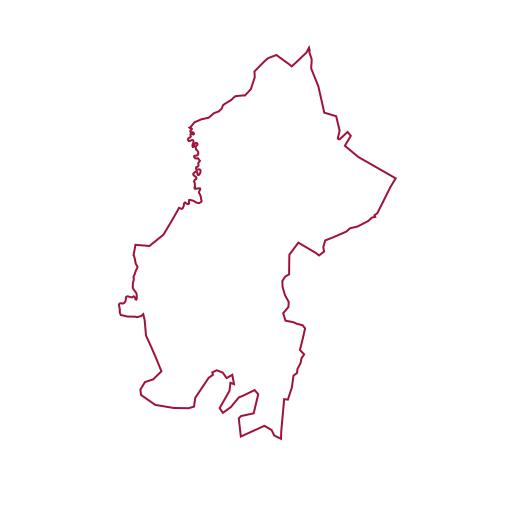 outline of Darazo, Bauchi, Nigeria, rotated 338°
{"feature_id": "59680162B8258215962885", "entity_name": "Darazo", "entity_type": "district", "adm_level": 2, "iso_a3": "NGA", "parent_name": "Nigeria", "parent_adm1": "Bauchi", "projection": "robinson", "projection_center": [10.571, 11.108], "detail": "fine", "context": "isolated", "style": "outline", "palette": "rose", "viewbox_px": 512, "rotation_deg": 338, "n_neighbors": 0, "source": "geoboundaries", "source_scale": "gbopen_adm2", "svg_char_len": 4667}
<svg xmlns="http://www.w3.org/2000/svg" viewBox="0 0 512 512"><g transform="rotate(338 256 256)"><path d="M291.7,102.0L283.8,103.3L281.9,103.9L279.1,106.7L275.5,108.0L270.6,107.8L263.8,110.1L260.1,109.4L256.5,108.8L249.0,109.0L243.4,112.1L242.4,112.1L242.6,112.5L243.3,112.9L244.0,113.5L244.2,114.1L243.7,114.6L242.2,115.1L241.8,116.1L241.7,116.9L242.2,117.3L243.2,117.3L244.1,118.0L244.3,118.7L244.2,119.6L243.5,119.9L242.5,119.2L241.8,118.6L240.8,118.7L240.4,120.0L240.3,120.8L239.5,121.3L238.6,121.3L237.3,121.6L236.6,122.4L236.5,123.3L236.8,124.3L237.1,124.4L237.8,124.6L239.4,124.4L240.3,124.6L241.0,125.1L241.1,126.0L240.6,127.2L239.6,128.2L238.6,129.4L238.2,130.5L238.3,131.3L238.9,131.4L239.6,131.0L240.2,130.1L241.6,128.8L242.9,128.7L243.5,129.2L243.7,130.3L243.2,131.0L242.5,131.3L241.5,131.9L240.8,132.6L240.5,133.4L240.4,134.8L241.1,136.1L241.2,137.2L241.3,138.2L240.4,140.2L239.5,140.6L238.9,140.6L238.3,140.5L237.5,140.4L236.8,140.1L236.0,140.3L235.7,141.2L236.4,142.8L237.1,143.2L238.0,143.5L238.7,143.5L239.1,144.4L239.0,144.9L239.3,145.7L239.5,146.1L239.7,146.7L238.6,147.5L237.6,147.9L237.1,148.6L236.9,149.7L236.4,150.8L235.6,151.3L234.7,151.3L233.7,151.3L233.2,152.3L233.1,153.2L233.2,153.5L233.7,154.0L234.4,154.0L235.6,154.2L236.3,154.7L236.6,155.8L236.2,156.9L235.7,157.8L234.7,158.6L233.8,159.3L232.9,159.4L232.5,159.0L232.4,158.6L232.5,157.7L232.8,156.4L232.7,155.5L231.9,155.1L231.0,155.3L230.0,155.6L229.3,155.9L228.5,156.4L228.4,157.8L229.1,158.8L229.5,159.7L230.0,160.5L230.0,161.4L229.4,162.3L228.2,162.4L227.2,162.8L226.8,163.3L226.4,163.8L226.6,164.8L226.3,166.1L225.9,167.4L225.5,168.7L225.2,169.4L224.6,169.4L224.5,170.1L224.6,170.8L225.3,171.1L226.2,171.3L227.9,171.7L228.7,172.0L229.4,172.4L229.3,173.2L228.0,174.4L227.2,175.2L226.8,176.4L227.1,177.7L227.1,179.2L226.9,180.8L226.5,182.2L226.2,184.6L225.7,185.2L224.9,185.4L224.5,185.5L223.6,185.6L222.9,185.7L221.7,184.8L220.6,184.0L219.8,182.9L219.0,181.8L218.2,181.0L217.2,180.3L216.5,179.7L215.7,179.2L215.0,179.0L214.4,180.0L214.0,181.0L213.7,182.1L213.1,182.5L211.9,182.2L211.4,181.4L210.6,180.5L210.3,179.8L208.9,180.3L208.2,181.8L207.4,182.9L205.8,184.3L204.8,184.5L202.6,182.5L201.2,183.8L189.4,193.1L178.1,201.6L172.1,203.4L167.7,204.8L164.4,205.7L161.0,206.8L148.4,200.5L142.7,209.5L143.0,210.6L142.6,212.2L142.6,213.9L142.1,215.0L142.1,216.1L141.6,217.8L142.1,221.7L140.7,223.4L139.7,223.9L137.7,226.2L136.3,227.9L135.7,228.4L134.4,229.7L134.3,231.2L133.3,232.9L131.9,234.6L131.4,235.7L130.9,236.8L129.9,239.1L129.9,240.7L130.2,241.9L131.1,245.2L131.0,246.6L130.6,247.9L129.8,250.1L129.2,251.2L128.5,251.6L128.0,250.9L128.3,249.5L127.9,248.2L127.4,247.5L125.7,248.0L124.7,247.4L123.4,246.4L121.9,245.3L120.5,245.2L119.8,245.9L119.4,246.8L118.5,248.4L117.8,249.2L117.7,249.4L117.3,249.5L117.2,249.6L115.8,250.3L114.8,250.2L114.7,250.2L113.6,249.5L112.4,249.0L111.3,249.2L110.6,250.0L110.4,251.0L110.2,252.0L109.9,253.4L109.7,254.8L109.3,255.2L109.1,256.2L108.7,256.7L108.5,258.0L108.5,260.0L114.3,264.1L121.3,267.0L122.5,268.1L126.8,268.7L129.7,267.7L128.7,273.9L124.2,288.6L124.7,299.0L125.1,313.4L125.1,327.5L114.3,331.9L105.8,331.3L98.7,336.6L97.4,341.8L106.8,356.3L122.8,366.1L136.5,371.9L142.1,372.4L146.6,364.7L166.5,351.2L171.6,350.0L171.9,347.5L176.9,347.3L181.5,351.7L183.0,358.2L189.5,357.3L187.6,366.6L184.8,364.0L180.9,371.1L165.3,383.4L166.5,389.0L176.0,386.7L187.1,380.7L191.7,380.7L204.5,379.8L204.9,381.1L206.3,385.0L194.9,401.0L182.2,398.8L179.2,400.1L178.2,403.7L174.3,417.7L200.2,416.6L205.3,423.3L205.6,429.2L210.7,434.9L213.2,429.2L214.6,426.3L228.5,399.3L231.8,401.1L236.2,395.8L239.9,391.5L245.9,381.0L250.2,379.8L252.2,376.2L257.2,372.0L259.8,367.9L263.8,365.3L261.5,359.6L268.6,349.9L274.4,341.5L273.3,337.7L268.3,334.0L265.9,331.4L259.1,327.0L259.8,319.2L267.0,315.4L269.1,310.8L268.2,303.0L269.1,294.5L271.1,289.0L275.2,286.1L279.8,285.4L287.4,267.3L300.3,259.5L312.4,275.3L314.7,279.1L320.8,277.4L321.7,273.0L326.0,267.5L335.0,267.6L349.0,267.2L353.6,265.5L361.1,266.7L373.1,265.6L378.0,263.8L381.2,264.4L381.1,262.6L384.5,261.8L393.6,253.8L406.5,242.4L414.6,236.3L403.3,222.0L396.8,213.7L388.0,202.6L379.7,187.1L388.9,180.1L387.4,175.3L377.4,179.1L376.7,178.9L376.3,178.6L375.9,177.6L380.5,171.1L382.1,160.4L382.7,156.4L373.0,148.7L377.4,121.9L377.4,118.3L377.4,102.9L378.0,101.6L378.7,100.0L379.5,98.5L381.3,94.5L381.4,93.1L381.6,90.5L381.8,86.8L382.4,86.0L382.8,85.4L383.2,82.7L379.0,86.2L378.0,86.7L373.0,88.6L368.6,90.4L360.2,93.6L358.3,90.2L355.5,85.8L350.2,77.3L341.3,77.1L336.9,78.6L323.7,84.3L321.8,89.8L313.7,99.4L305.7,103.1L304.9,102.5L296.8,100.1L294.3,100.9L291.7,102.0Z" fill="none" stroke="#9f1239" stroke-width="2"/></g></svg>